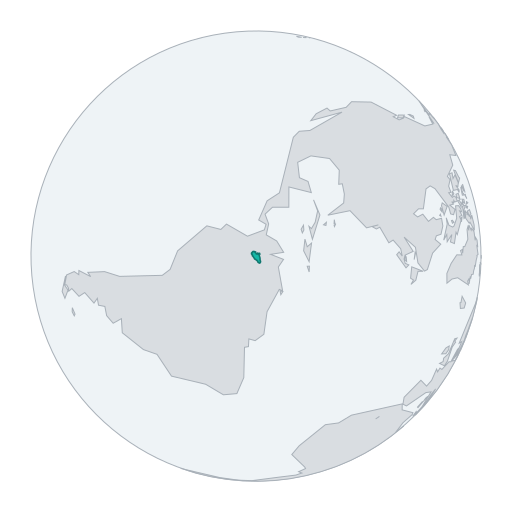 the Earth from above Casanare, rotated 82°
{"feature_id": "COL-1422", "entity_name": "Casanare", "entity_type": "Intendancy", "adm_level": 1, "iso_a3": "COL", "parent_name": "Colombia", "parent_adm1": "", "projection": "orthographic", "projection_center": [-71.807, 5.325], "detail": "fine", "context": "on_globe", "style": "filled", "palette": "teal", "viewbox_px": 512, "rotation_deg": 82, "n_neighbors": 0, "source": "natural_earth", "source_scale": "10m", "svg_char_len": 9498}
<svg xmlns="http://www.w3.org/2000/svg" viewBox="0 0 512 512"><g transform="rotate(82 256 256)"><circle cx="256" cy="256" r="225" fill="#eef3f6" stroke="#a8b0b8"/><path d="M231.3,244.1L226.0,241.6L220.7,248.3L202.9,237.3L196.7,224.0L143.6,202.5L138.5,195.8L139.2,185.1L125.5,150.8L129.6,182.9L123.5,176.6L119.4,165.1L122.7,162.3L121.3,146.0L116.5,139.9L119.6,120.6L136.2,97.2L137.2,100.7L141.1,95.3L140.1,91.0L138.6,89.6L150.7,70.7L150.0,62.6L142.3,65.3L149.8,61.2L130.2,70.7L125.0,73.0L135.5,67.5L140.1,64.8L138.9,64.4L143.3,61.6L145.3,60.1L150.7,57.1L156.4,55.0L160.1,53.2L159.0,53.1L163.7,50.7L164.8,50.9L173.2,46.8L184.3,44.1L182.7,50.0L193.4,48.5L203.8,55.4L207.4,53.2L213.6,55.5L220.1,54.1L220.2,56.4L225.3,53.4L224.0,51.6L225.8,49.8L229.5,49.0L230.2,51.6L228.5,52.4L230.7,52.8L229.4,54.6L232.1,53.3L232.6,57.0L237.6,52.4L242.6,54.6L241.4,57.4L234.4,58.3L214.2,69.4L210.8,73.8L213.2,78.3L232.6,83.7L231.9,88.5L236.1,94.1L239.8,90.5L237.8,85.0L245.7,80.4L242.4,74.9L245.1,72.5L244.5,67.0L252.3,66.8L260.2,69.8L261.1,74.6L264.6,76.3L270.0,71.4L277.7,80.7L293.3,88.2L294.4,91.2L285.4,96.6L269.6,96.9L257.9,106.7L273.3,99.7L275.9,108.3L279.6,109.8L284.0,109.3L286.1,105.9L288.6,109.1L274.3,116.5L271.8,113.7L276.4,111.2L268.9,111.7L259.3,118.0L261.4,122.6L244.7,129.4L246.0,133.0L243.1,136.9L242.2,130.5L243.5,142.6L224.2,156.6L225.6,179.2L215.7,161.8L207.0,159.9L196.5,160.5L196.5,164.1L182.6,161.6L169.7,169.6L164.5,187.7L169.0,201.7L184.5,202.1L189.4,194.1L200.9,192.4L192.2,213.8L212.3,216.7L210.0,232.9L215.8,241.2L226.0,239.0L236.5,242.9L244.0,233.4L256.2,228.1L256.4,241.3L263.2,229.2L270.0,235.4L294.2,234.5L292.3,237.6L312.7,252.8L334.6,259.1L339.7,268.6L337.1,274.6L344.7,276.1L344.8,280.1L374.7,285.0L389.6,294.1L388.9,307.6L376.0,323.7L363.2,356.4L339.6,367.7L333.0,380.5L313.4,399.1L299.3,398.0L302.7,406.8L294.3,412.2L284.9,412.7L282.8,418.8L275.8,419.0L280.1,423.0L268.4,430.7L271.3,436.9L262.6,442.9L264.8,446.3L261.6,446.2L258.3,447.5L257.9,449.4L248.4,446.2L246.1,438.2L249.8,434.1L245.7,433.4L253.4,422.6L248.8,424.8L250.4,408.1L257.2,393.9L262.1,351.5L257.3,342.9L240.0,332.9L219.3,300.5L224.8,287.1L220.3,280.8L235.2,261.7L231.3,244.1ZM44.1,185.4L45.8,180.3L45.2,183.5L44.1,185.4ZM46.6,177.3L46.0,179.0L46.4,177.6L46.6,177.3ZM46.7,176.4L46.6,177.1L46.5,176.8L46.7,176.4ZM46.6,175.7L46.7,175.9L46.6,176.0L46.6,175.7ZM224.3,187.0L247.3,197.8L234.0,199.4L236.6,197.3L230.8,192.7L219.9,188.7L208.4,191.2L224.3,187.0ZM47.1,173.2L47.3,172.4L47.6,172.0L47.1,173.2ZM234.9,174.2L230.9,173.4L234.8,173.3L234.9,174.2ZM137.1,89.5L139.6,91.3L138.9,96.6L136.2,95.3L137.1,89.5ZM139.3,80.8L141.7,80.4L137.1,85.3L137.2,84.0L139.3,80.8ZM135.8,68.3L137.0,68.5L134.3,69.3L135.8,68.3ZM144.6,60.5L142.9,61.4L144.6,60.3L144.6,60.5ZM240.3,67.6L242.3,67.3L241.4,68.5L240.3,67.6ZM238.1,65.7L235.5,67.2L234.0,66.6L235.6,65.6L238.1,65.7ZM154.6,54.9L158.0,53.2L155.5,54.5L154.6,54.9ZM241.6,64.0L231.8,65.3L229.3,64.2L233.5,59.8L241.6,64.0ZM167.6,48.8L165.2,49.9L164.0,50.4L160.6,51.9L161.4,51.5L167.6,48.8ZM222.0,51.4L223.5,53.3L218.8,52.5L222.0,51.4ZM218.5,51.4L201.4,53.0L200.9,50.3L206.7,50.1L203.4,47.7L211.6,45.5L215.3,46.4L213.9,48.4L218.1,46.1L218.5,51.4ZM186.6,41.7L186.4,41.7L186.3,41.8L186.6,41.7ZM226.1,49.1L222.7,49.4L222.1,47.0L228.8,45.9L226.9,47.0L226.1,49.1ZM198.5,48.3L199.2,46.6L206.0,44.3L207.2,43.5L211.7,45.3L198.5,48.3ZM228.9,47.2L232.2,45.5L235.9,46.0L229.4,48.6L228.9,47.2ZM219.1,46.9L219.1,45.8L221.3,46.0L219.1,46.9ZM250.8,47.8L246.8,47.8L246.1,46.5L250.8,47.8ZM233.2,44.9L232.0,44.7L231.2,44.3L234.1,43.5L233.2,44.9ZM216.2,43.7L218.9,43.3L214.7,42.8L219.7,41.4L221.8,43.0L223.0,41.8L224.5,41.4L224.5,43.2L216.2,43.7ZM234.9,41.5L239.3,43.7L247.0,43.7L247.8,44.8L235.3,44.6L234.9,41.5ZM228.8,42.3L232.8,42.0L231.8,43.2L228.4,44.2L228.8,42.3ZM222.3,40.1L214.1,41.7L214.0,41.4L222.3,40.1ZM237.3,41.2L236.2,40.7L238.0,41.0L237.3,41.2ZM227.1,40.0L224.3,40.6L224.1,40.1L227.1,40.0ZM236.4,39.5L237.8,40.1L235.6,40.7L236.4,39.5ZM232.3,39.5L232.8,38.8L233.9,40.5L231.0,39.8L232.3,39.5ZM227.5,39.5L226.5,39.5L228.7,39.4L227.5,39.5ZM244.0,37.3L245.9,39.3L241.0,40.5L239.8,38.2L244.0,37.3ZM264.1,452.9L249.2,447.4L257.6,449.9L263.6,446.9L271.3,451.1L264.1,452.9ZM281.6,445.1L288.4,443.3L290.0,444.3L285.7,445.8L281.6,445.1ZM427.3,109.7L427.4,109.8L427.7,110.2L435.9,120.5L427.9,110.7L424.1,106.4L412.6,96.6L417.0,101.4L428.1,111.2L427.4,110.9L433.4,118.5L428.2,112.4L414.9,101.6L414.9,106.8L425.4,127.9L423.2,131.1L416.5,129.0L402.0,110.0L408.6,105.2L403.6,99.4L393.1,92.9L396.0,92.3L392.6,89.4L394.2,87.7L387.6,79.6L387.9,77.8L376.6,69.5L375.2,67.8L382.3,73.0L387.3,76.1L387.0,73.2L384.4,71.2L377.1,66.3L378.0,66.6L370.9,62.4L367.8,60.4L384.2,70.8L399.7,82.5L414.1,95.5L427.3,109.7ZM366.4,59.7L366.0,59.8L357.4,55.3L350.1,51.4L347.2,50.2L359.2,56.6L364.0,59.4L368.4,61.5L381.5,70.3L383.5,72.5L369.4,64.2L370.6,66.9L359.1,60.2L333.7,45.3L327.6,42.5L330.4,43.3L348.8,50.7L366.4,59.7ZM455.7,360.2L456.3,359.1L470.4,322.6L475.6,304.4L477.9,291.2L478.2,263.8L478.5,247.0L477.3,240.8L475.5,243.8L473.4,236.5L471.8,237.1L457.6,248.2L449.9,239.6L432.7,210.8L432.8,197.5L426.9,183.6L422.8,131.8L428.7,132.7L433.0,122.4L434.8,123.4L441.5,133.6L450.5,142.7L444.9,133.3L445.0,133.4L453.1,147.0L460.3,161.1L466.5,175.7L471.6,190.7L475.7,206.1L478.6,221.7L480.5,237.4L481.3,253.3L480.9,269.1L479.4,284.9L476.8,300.6L473.1,316.0L468.4,331.1L462.6,345.9L455.7,360.2ZM432.0,156.1L434.0,160.2L432.0,156.1ZM294.9,234.3L297.8,236.8L294.0,237.0L294.9,234.3ZM232.1,204.7L237.0,205.0L239.6,206.9L235.8,207.6L232.1,204.7ZM273.5,204.5L279.2,205.6L273.3,206.7L273.5,204.5ZM250.9,199.2L269.0,204.2L257.5,208.1L246.1,205.2L254.0,204.0L250.9,199.2ZM232.4,181.6L235.5,182.5L234.5,184.8L232.4,181.6ZM237.8,174.2L236.6,174.4L235.1,172.5L237.8,174.2ZM276.7,107.9L277.9,107.4L282.4,107.6L280.3,109.1L276.7,107.9ZM302.2,101.1L305.7,106.5L301.7,103.4L299.5,106.0L288.4,103.3L294.4,92.6L293.7,97.7L302.2,101.1ZM275.3,97.6L281.6,99.9L274.4,97.9L275.3,97.6ZM372.0,77.2L375.5,78.2L379.2,81.6L378.8,85.8L373.4,80.6L372.0,77.2ZM379.6,79.0L365.6,70.7L365.3,68.4L367.9,71.0L369.1,70.3L373.4,74.3L386.8,81.1L390.9,84.7L387.9,89.2L386.6,85.4L383.3,84.4L379.6,79.0ZM330.6,59.5L324.6,57.5L331.7,54.9L336.5,57.1L336.4,60.9L330.7,60.5L330.6,59.5ZM250.9,56.9L248.1,57.5L247.9,56.6L250.1,55.3L250.9,56.9ZM249.0,47.9L262.8,53.7L260.3,54.6L271.3,57.8L269.1,61.5L262.0,59.1L268.5,64.7L261.3,64.1L266.4,67.9L250.9,62.2L244.6,62.3L252.5,60.6L254.7,57.2L253.8,55.7L246.5,52.0L234.1,51.4L234.3,48.4L237.8,46.6L240.8,46.3L239.7,48.1L244.5,46.4L245.2,49.0L249.0,47.9ZM278.2,35.2L275.6,35.9L285.4,35.9L286.2,37.2L287.3,37.1L290.7,38.5L296.7,40.3L296.0,40.9L298.6,41.4L300.9,42.5L304.3,43.5L304.3,45.1L308.4,46.6L306.0,46.6L313.2,48.8L307.8,48.0L310.3,49.9L314.2,49.7L305.6,59.3L306.1,65.1L309.5,70.7L299.8,69.4L290.5,63.8L282.8,57.0L283.6,52.0L279.1,52.7L278.2,50.7L282.1,51.0L275.5,49.4L275.8,48.0L268.9,43.9L259.1,43.3L256.4,42.1L260.3,41.7L254.8,40.9L260.4,39.3L258.6,38.6L262.2,36.7L271.0,36.8L268.2,36.0L270.9,34.9L278.2,35.2ZM245.3,36.7L255.5,35.7L261.0,36.2L252.3,39.4L253.2,40.3L247.8,43.1L240.0,42.6L242.3,41.7L242.6,40.9L244.9,41.4L243.4,40.3L246.4,39.3L246.0,38.3L249.5,38.2L245.3,36.7ZM432.4,119.1L432.9,119.1L432.8,118.0L436.5,123.1L432.4,119.1ZM423.5,111.7L423.4,110.7L428.7,116.7L428.1,117.1L423.5,111.7ZM418.8,105.3L423.0,110.2L420.4,107.8L418.8,105.3ZM381.7,72.0L381.0,71.0L382.7,72.0L385.1,74.0L381.7,72.0ZM307.4,37.7L305.1,37.5L303.8,37.1L296.1,35.8L294.9,35.1L299.1,35.6L307.4,37.7ZM304.8,36.7L301.8,36.2L303.1,36.2L304.8,36.7ZM293.7,34.6L294.4,34.5L293.9,34.9L293.7,34.6ZM286.4,32.8L290.0,33.3L288.9,33.2L286.4,32.8Z" fill="#d9dde1" stroke="#a8b0b8" stroke-width="1"/><path d="M254.0,252.0L253.9,252.1L253.9,252.3L254.0,252.5L254.2,252.8L254.3,252.8L254.5,253.0L254.8,253.1L255.0,252.9L255.5,252.8L255.5,252.7L255.8,252.7L256.2,252.6L256.3,252.6L256.6,252.6L256.8,252.5L257.0,252.6L257.3,252.6L257.5,252.5L257.8,252.4L258.0,252.4L258.3,252.3L258.5,252.3L258.9,252.3L259.0,252.4L259.3,252.5L259.7,252.5L259.8,252.5L259.9,252.4L260.0,252.4L260.2,252.5L260.4,252.5L260.7,252.5L260.9,252.5L261.1,252.5L261.2,252.4L261.3,252.4L261.6,252.3L261.7,252.2L261.8,252.2L261.9,252.3L262.0,252.3L262.3,252.3L262.5,252.3L262.7,252.5L262.8,252.5L263.0,252.7L263.2,252.8L263.3,252.9L263.4,253.0L263.5,253.2L263.6,253.3L263.2,254.1L263.0,254.4L262.9,254.4L262.8,254.6L262.7,254.7L262.6,254.8L262.3,255.0L262.2,255.0L261.9,255.0L261.7,255.0L261.4,255.1L261.1,255.4L260.8,255.5L260.7,255.6L260.4,255.7L260.4,255.8L260.4,256.0L259.6,256.7L259.4,256.7L259.3,256.8L259.1,257.4L259.0,257.5L258.9,257.6L258.7,257.7L258.7,257.8L258.4,258.0L258.1,258.0L257.0,258.5L256.6,258.7L256.5,258.8L256.1,258.9L256.0,259.0L255.6,259.3L255.3,259.6L255.2,259.6L254.9,259.6L254.7,259.5L254.7,259.4L254.0,259.6L253.8,259.9L253.7,259.9L253.4,259.9L253.2,259.9L252.9,260.0L252.8,259.9L252.8,260.0L252.6,259.9L252.5,260.0L252.4,260.0L252.3,259.9L252.2,259.8L252.2,259.7L251.6,259.1L251.3,258.7L251.2,258.5L251.1,258.4L251.1,258.2L251.1,257.9L251.1,257.6L251.2,257.3L251.3,257.3L251.5,257.3L251.6,257.2L251.7,256.9L251.5,256.7L251.6,256.3L251.8,256.0L251.9,255.9L252.0,255.8L252.3,256.0L252.5,256.2L252.8,256.0L252.9,255.9L253.0,255.8L253.1,255.7L253.5,255.2L253.8,255.2L253.9,255.3L254.0,255.3L254.0,255.0L254.1,254.9L254.2,254.7L254.3,254.6L254.2,254.5L254.1,254.4L254.0,254.2L253.9,254.1L253.5,253.9L253.7,253.7L253.8,253.4L253.8,253.2L253.8,252.9L253.7,252.8L253.7,252.7L253.7,252.3L253.9,252.0L254.0,252.0Z" fill="#14b8a6" stroke="#0f766e" stroke-width="1.5"/></g></svg>